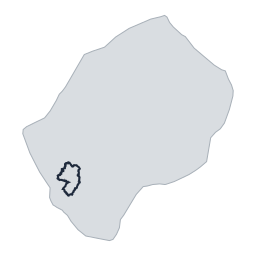 Thaba-Mokhele, Mohale's Hoek, Lesotho shown in context
{"feature_id": "5366337B93418008192528", "entity_name": "Thaba-Mokhele", "entity_type": "district", "adm_level": 2, "iso_a3": "LSO", "parent_name": "Lesotho", "parent_adm1": "Mohale's Hoek", "projection": "natural_earth1", "projection_center": [27.545, -30.078], "detail": "fine", "context": "in_parent", "style": "outline", "palette": "slate", "viewbox_px": 256, "rotation_deg": 0, "n_neighbors": 0, "source": "geoboundaries", "source_scale": "gbopen_adm2", "svg_char_len": 5311}
<svg xmlns="http://www.w3.org/2000/svg" viewBox="0 0 256 256"><path d="M174.1,181.6L166.0,184.3L164.9,184.5L159.7,183.9L152.8,184.5L147.4,186.0L143.2,186.6L136.3,194.3L123.7,215.2L120.4,219.6L119.4,227.8L116.5,234.3L113.0,239.4L109.5,240.6L99.1,238.6L85.8,236.0L78.0,229.7L71.1,221.4L67.5,215.4L63.7,212.1L62.3,210.2L56.9,207.4L54.9,206.0L53.1,205.0L50.9,200.9L49.6,197.5L50.1,187.8L46.2,182.0L39.7,172.1L35.5,164.0L29.9,153.0L26.4,143.5L22.8,133.7L23.2,129.5L26.7,126.6L36.7,121.7L44.6,117.9L50.2,110.9L56.3,100.5L59.3,94.2L62.2,91.3L65.5,86.9L71.2,77.1L77.5,66.2L84.3,54.5L92.8,51.1L104.5,47.2L115.7,37.0L129.1,28.4L150.7,19.1L160.8,16.7L164.6,15.4L167.0,17.1L169.6,22.5L173.2,26.9L181.7,34.7L185.3,36.6L194.1,48.1L203.4,56.0L214.2,65.1L221.5,69.7L225.3,70.9L228.4,79.0L231.5,85.0L233.2,90.6L232.9,96.0L229.4,109.4L224.4,123.1L220.3,128.8L215.5,132.3L210.7,137.7L208.8,148.7L206.6,161.6L200.4,166.9L195.6,170.4L188.9,174.6L174.1,181.6Z" fill="#d9dde1" stroke="#a8b0b8" stroke-width="1"/><path d="M79.7,182.6L79.8,182.3L79.6,181.9L79.6,181.5L78.9,181.1L79.1,180.8L79.1,180.6L79.2,180.4L79.1,180.0L79.2,179.5L79.5,178.9L79.3,178.5L79.2,178.3L79.3,177.6L79.5,177.3L79.2,177.0L79.2,176.7L79.2,176.4L79.0,176.2L78.8,176.1L78.3,176.0L78.2,175.7L77.9,175.6L77.7,175.5L77.7,175.3L77.7,175.1L78.1,174.9L78.3,174.5L78.5,174.4L78.8,174.4L78.9,174.0L78.8,173.6L78.6,173.5L78.9,172.9L78.9,172.6L78.8,172.3L78.8,172.1L78.8,171.9L78.6,171.8L78.5,171.7L78.4,171.4L78.3,171.2L78.5,170.9L78.5,170.4L78.4,170.2L78.5,170.0L78.9,169.9L79.1,169.8L79.7,169.0L79.8,168.8L79.8,168.6L79.5,168.4L79.5,168.2L79.1,167.6L78.8,167.1L78.1,166.7L77.2,166.0L77.0,165.9L76.8,165.4L76.4,165.2L75.0,165.3L74.6,165.3L74.3,165.1L74.0,165.1L73.9,165.3L73.7,165.6L73.4,165.9L73.3,166.2L73.3,166.3L73.2,166.4L72.9,166.4L72.8,166.5L72.7,166.5L72.7,166.4L72.5,166.2L72.4,166.4L72.2,166.5L72.1,166.4L72.1,166.2L71.8,166.0L71.7,165.8L71.6,165.7L71.2,165.4L71.0,165.0L71.0,164.8L71.0,164.7L70.9,164.6L70.8,164.4L70.6,164.3L70.1,163.6L69.9,163.4L69.7,162.9L69.4,162.8L69.4,162.7L69.1,162.6L68.9,162.5L68.7,162.9L68.6,163.0L68.4,162.6L68.2,162.5L68.1,162.4L67.8,162.5L67.6,162.8L67.3,162.9L67.0,163.0L66.9,163.1L66.8,163.5L66.7,163.5L66.6,163.4L66.5,163.2L66.4,163.0L66.2,163.0L66.1,163.4L65.9,163.9L65.8,164.0L65.7,164.0L65.4,163.9L65.1,163.9L65.0,164.3L65.0,164.8L65.4,165.0L65.5,165.1L65.6,165.3L65.5,165.8L65.5,166.3L65.4,166.5L65.1,166.3L64.8,166.5L64.7,166.7L64.7,166.9L64.7,167.1L64.8,167.3L64.9,167.5L64.9,167.8L64.7,167.7L64.4,167.8L64.2,168.1L64.1,168.4L64.0,168.5L63.7,168.5L63.5,168.8L63.4,168.9L63.3,169.0L63.0,168.9L62.9,169.0L62.7,169.1L62.4,169.1L62.1,168.9L61.8,169.0L61.8,169.4L61.8,169.5L62.0,169.7L62.3,169.6L62.8,169.7L62.9,169.9L63.0,170.0L63.4,170.5L63.3,170.9L63.3,171.1L63.1,171.1L62.9,170.9L62.6,170.8L62.3,170.9L62.2,171.1L61.8,171.1L61.7,171.1L61.7,171.3L61.8,171.5L61.7,172.3L61.6,172.5L61.4,172.6L61.2,172.6L60.8,172.5L60.7,172.6L60.5,172.9L60.5,173.0L60.9,173.4L61.0,173.6L61.2,173.9L60.9,174.1L60.7,174.1L60.2,173.9L60.0,174.1L60.1,174.3L60.2,174.5L60.5,174.3L60.5,174.6L60.1,175.1L59.8,175.2L59.0,175.2L58.8,175.2L58.7,175.0L58.4,175.2L58.3,175.3L58.2,175.4L57.9,175.4L57.8,175.5L58.1,175.8L58.0,176.0L57.9,176.4L57.9,176.5L58.1,176.9L58.2,177.1L58.2,177.4L57.9,177.8L57.6,178.2L57.5,178.3L57.5,178.5L58.2,179.0L58.4,179.3L58.6,179.3L58.7,179.2L58.8,179.3L59.0,179.3L59.1,179.7L59.3,179.8L59.5,179.8L59.7,180.0L59.9,179.9L60.0,179.9L60.5,179.9L60.9,179.9L61.1,179.9L61.6,180.0L61.8,179.9L61.9,180.0L62.1,180.1L62.3,180.1L62.6,180.2L62.8,180.2L62.9,180.3L63.0,180.4L63.1,180.5L63.4,180.4L63.5,180.5L64.0,180.8L64.4,181.0L64.8,181.1L65.2,181.2L65.4,181.2L65.4,180.9L65.5,181.0L65.7,181.3L65.8,181.3L66.0,181.2L66.0,181.3L66.7,181.7L67.1,181.8L67.5,181.7L67.9,181.7L68.0,181.9L68.0,182.0L68.3,182.2L68.6,182.3L68.4,182.4L68.3,182.5L67.7,182.5L67.4,182.9L67.2,182.9L67.0,183.1L66.9,183.3L66.7,183.3L66.5,183.6L66.3,183.6L66.2,184.2L66.1,184.4L66.0,184.6L65.9,184.8L65.7,185.0L65.5,185.6L65.4,186.3L64.9,186.6L64.7,186.7L64.6,186.9L64.0,187.6L63.6,187.8L63.5,188.2L63.4,188.3L63.1,188.5L63.0,188.8L62.9,189.0L63.2,189.0L63.3,189.1L63.8,189.3L64.0,189.5L64.2,189.8L64.3,190.1L64.5,190.2L64.5,190.4L64.6,190.5L64.6,190.8L64.7,191.0L64.7,191.4L64.8,191.5L64.7,191.6L64.8,191.7L65.3,191.9L65.2,192.0L65.4,192.3L65.5,192.5L65.8,192.7L66.1,192.6L66.3,192.7L66.3,192.8L66.2,193.1L66.3,193.5L66.5,193.7L66.5,193.8L66.9,194.1L67.0,194.2L67.1,194.3L67.3,194.1L67.4,194.3L67.5,194.3L67.5,194.5L67.7,194.8L67.8,195.1L68.1,195.2L68.1,195.3L68.2,195.5L68.3,195.5L68.6,195.6L68.7,195.3L69.0,195.1L69.4,194.8L69.5,194.8L69.9,194.6L70.0,194.5L70.3,194.5L70.4,194.4L70.5,194.3L70.7,194.2L71.3,194.4L71.7,194.5L72.0,194.7L72.2,194.3L72.3,194.3L72.4,194.2L72.2,193.8L72.1,193.7L72.6,192.9L73.0,192.4L73.2,192.2L73.4,191.8L73.4,191.6L73.6,191.6L73.6,191.3L73.8,191.1L73.8,190.8L73.9,190.6L74.4,190.3L74.6,190.0L74.8,189.9L74.9,189.6L74.7,189.2L74.8,189.1L74.9,188.8L75.2,188.8L75.2,188.7L75.4,188.8L75.5,188.5L75.7,188.3L75.7,188.2L76.0,188.2L76.4,188.0L76.4,187.9L76.5,187.8L76.6,187.7L76.8,187.7L76.9,187.2L77.0,187.1L77.0,186.9L77.1,186.4L77.2,186.2L77.3,186.0L77.5,185.2L77.8,185.1L77.9,184.6L77.9,184.4L78.0,184.3L78.2,184.2L78.6,183.8L78.8,183.0L79.0,182.9L79.3,182.7L79.5,182.7L79.7,182.6Z" fill="none" stroke="#1e293b" stroke-width="2"/></svg>